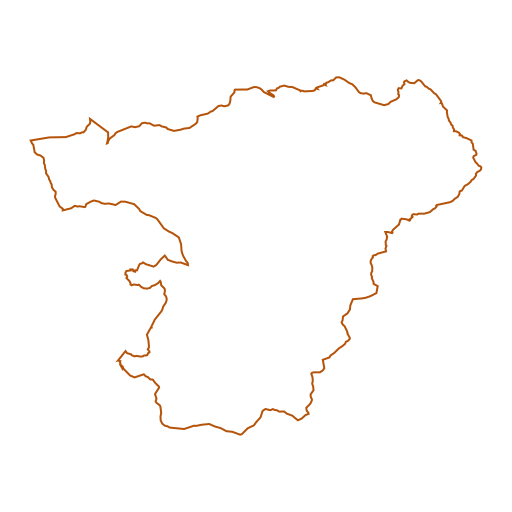 Brosteni, Suceava, Romania
{"feature_id": "2599482B22592859602374", "entity_name": "Brosteni", "entity_type": "district", "adm_level": 2, "iso_a3": "ROU", "parent_name": "Romania", "parent_adm1": "Suceava", "projection": "natural_earth1", "projection_center": [25.615, 47.201], "detail": "fine", "context": "isolated", "style": "outline", "palette": "amber", "viewbox_px": 512, "rotation_deg": 0, "n_neighbors": 0, "source": "geoboundaries", "source_scale": "gbopen_adm2", "svg_char_len": 5997}
<svg xmlns="http://www.w3.org/2000/svg" viewBox="0 0 512 512"><path d="M308.6,413.9L308.3,412.7L306.7,410.7L306.3,407.8L310.4,403.6L311.8,400.6L311.9,399.3L310.7,396.7L310.6,394.3L313.5,390.3L313.2,386.7L312.2,383.7L312.8,380.8L312.5,377.3L311.3,373.7L312.1,372.8L313.7,372.3L319.9,372.3L322.7,370.5L324.3,368.2L322.8,359.8L329.5,357.4L330.5,355.5L334.2,353.0L339.1,348.2L342.0,346.4L345.0,343.9L346.0,341.7L347.8,341.0L349.8,338.8L349.8,337.9L347.4,333.5L347.6,332.9L346.4,329.8L344.5,326.1L342.9,324.7L341.6,322.5L342.6,320.2L343.0,316.5L347.5,313.3L350.0,309.3L350.3,305.5L352.9,299.2L362.2,298.4L365.9,297.7L370.5,296.1L376.4,293.1L377.7,286.1L373.6,283.9L373.5,281.8L371.8,278.2L372.0,276.8L371.2,275.0L371.2,273.1L372.2,271.3L372.3,267.4L371.5,264.6L370.7,263.2L370.6,261.1L371.8,258.6L372.9,257.5L372.7,256.2L373.0,255.9L374.3,255.1L375.6,255.1L377.8,253.6L386.0,251.4L385.5,248.5L386.5,245.8L385.8,245.0L385.6,241.5L386.6,239.6L387.1,236.5L385.3,232.0L387.9,232.0L392.1,233.1L392.5,232.5L392.0,231.4L393.2,229.6L399.0,224.5L400.3,219.9L400.6,220.0L401.4,218.7L406.6,219.3L409.4,220.7L409.9,220.3L409.4,219.5L409.7,219.2L410.3,219.2L412.1,217.4L411.9,217.2L412.4,216.8L411.8,216.3L411.9,215.3L413.2,214.2L417.2,214.5L418.4,213.7L424.1,213.7L429.9,212.1L433.4,209.0L434.7,208.6L436.6,206.5L436.2,205.8L436.8,205.0L450.0,202.2L452.8,200.8L454.2,199.2L457.8,196.8L459.4,193.8L459.5,191.9L460.1,191.1L461.8,190.6L464.7,185.9L467.9,184.2L470.7,181.7L471.6,180.1L473.5,179.0L476.0,175.6L475.9,173.8L477.3,172.0L479.7,170.8L481.0,169.5L481.3,167.3L480.3,166.3L478.7,165.7L476.8,163.2L475.7,162.4L473.2,157.7L473.6,156.2L476.3,154.8L476.5,153.7L475.6,150.9L473.6,149.7L472.8,143.8L471.6,142.4L471.5,140.5L466.7,138.2L462.9,137.1L462.0,135.5L459.6,135.3L459.9,133.9L458.9,132.7L456.1,131.3L453.9,131.2L454.1,129.5L452.9,127.6L452.5,125.6L451.2,124.6L450.5,122.6L448.9,120.5L448.6,118.6L447.7,117.1L446.9,112.3L447.0,110.4L443.0,106.6L441.9,103.5L441.4,102.9L440.7,103.0L441.3,102.0L441.0,101.0L436.1,94.4L433.9,93.0L430.7,89.5L428.6,88.5L426.5,86.7L425.1,86.3L421.4,81.6L420.1,80.6L418.4,80.0L417.7,80.3L414.3,83.2L410.4,82.9L408.5,82.1L406.5,80.4L404.4,81.4L404.0,82.4L404.5,84.1L402.7,85.6L401.4,88.4L398.6,88.2L397.8,89.8L398.5,92.3L398.2,94.0L399.1,95.1L398.8,97.1L396.3,99.4L390.6,101.8L388.4,104.0L384.2,105.2L374.7,102.4L372.9,101.1L371.4,97.8L370.9,95.3L366.5,93.2L363.2,93.6L360.6,93.1L359.0,92.2L355.5,87.4L352.2,84.2L349.3,83.1L344.5,79.7L339.2,77.3L336.2,77.4L333.1,80.4L331.3,80.3L327.8,82.4L326.3,82.7L326.0,83.9L324.8,83.9L325.5,85.1L323.8,84.5L323.1,85.4L317.4,87.3L316.6,87.7L317.5,88.9L315.7,88.5L314.7,90.4L312.1,91.0L304.1,91.4L303.4,90.9L301.2,90.7L300.5,91.2L300.1,90.4L292.5,87.1L288.3,86.8L284.3,85.6L279.8,86.7L278.7,87.8L277.0,88.4L275.9,90.4L270.2,90.5L267.9,91.3L268.9,92.4L273.3,95.2L274.1,96.3L273.7,97.0L263.9,92.1L261.5,89.5L259.5,88.1L256.7,87.2L254.1,87.0L247.3,89.5L235.1,89.6L234.6,90.1L234.4,92.4L230.6,96.7L230.3,101.0L229.6,103.6L228.2,105.4L224.2,106.3L221.5,105.5L218.5,106.0L212.4,111.2L211.0,111.4L207.8,113.6L200.4,115.3L197.4,116.6L197.7,118.0L197.2,122.1L195.9,123.7L189.4,128.0L184.0,128.6L180.6,129.7L173.9,130.9L167.4,128.9L166.4,127.5L161.7,126.4L159.5,125.1L154.0,125.7L149.6,123.3L147.1,123.3L145.1,122.7L142.0,123.2L139.3,126.2L135.1,127.2L131.3,126.4L117.7,131.8L115.7,133.0L114.4,135.1L109.8,138.5L108.4,140.6L107.7,143.1L107.0,143.4L108.2,138.0L108.1,132.4L90.0,118.9L90.3,121.7L89.9,123.7L86.8,126.7L85.8,129.7L83.6,132.3L82.1,132.3L80.1,133.3L76.3,133.1L74.7,134.2L65.8,137.1L49.3,137.4L30.7,140.5L32.1,143.5L33.3,144.8L34.7,152.3L37.4,154.7L40.3,155.4L43.5,157.8L44.1,160.6L43.9,163.2L44.8,165.0L45.2,168.6L46.2,171.3L46.0,173.2L48.6,177.0L49.1,179.4L50.1,180.9L50.7,182.9L51.6,184.4L52.0,187.5L53.6,190.0L55.6,191.6L55.7,194.0L55.0,196.1L55.2,197.8L59.6,206.4L62.8,208.8L62.7,210.4L71.1,208.3L74.8,205.8L77.9,206.6L79.3,206.2L84.7,207.1L85.4,206.7L86.2,204.2L90.6,201.7L93.9,200.5L99.1,201.7L101.4,203.1L104.7,203.8L109.0,203.5L115.6,205.0L121.0,201.6L125.3,201.7L134.2,204.2L139.0,208.8L140.3,211.1L146.7,214.9L148.8,215.1L155.9,218.0L157.4,219.3L163.8,228.3L169.0,231.6L172.2,233.0L178.8,237.4L181.1,244.2L181.5,250.5L182.1,253.0L183.2,255.9L185.9,260.8L187.7,263.0L188.0,265.1L180.7,262.5L176.7,262.7L171.6,261.3L167.8,259.8L164.8,255.6L160.8,259.3L156.3,265.0L153.6,266.6L145.7,264.1L143.1,262.4L141.9,263.4L140.1,263.8L139.4,264.6L137.0,270.3L135.4,270.3L135.2,271.7L133.3,271.2L133.3,270.2L132.7,269.4L130.5,269.4L130.7,270.4L126.4,271.0L125.4,272.9L125.4,274.6L126.5,274.9L127.2,276.7L126.4,278.0L129.4,281.0L130.6,283.5L130.5,284.5L131.7,285.3L133.7,284.5L137.6,285.0L138.9,284.7L141.2,286.9L143.7,288.3L147.1,288.6L150.0,287.9L151.7,286.1L155.1,285.0L158.4,282.9L160.1,280.9L160.6,281.5L161.3,285.4L164.5,288.5L164.9,290.1L164.8,291.9L164.2,294.0L166.0,296.4L166.7,298.7L166.5,300.7L165.7,302.9L163.2,306.6L162.4,309.4L161.4,311.3L154.8,319.6L151.2,327.0L151.6,327.6L150.7,327.9L146.9,334.7L148.3,339.7L148.9,345.5L148.9,347.5L147.8,349.3L149.4,351.4L149.5,352.3L148.0,353.2L147.3,355.1L146.4,355.4L144.0,355.5L142.7,356.4L140.9,356.6L136.2,355.9L134.5,356.4L131.7,355.2L131.2,354.4L127.0,353.1L125.5,351.1L118.2,360.3L118.8,360.1L119.0,360.9L120.3,361.1L120.0,363.0L120.5,363.9L120.2,364.6L121.7,365.8L120.9,365.9L122.4,368.5L122.7,367.3L124.1,369.4L130.1,375.5L134.6,377.4L143.8,374.3L145.7,376.3L147.9,377.1L150.2,379.4L152.8,379.6L155.2,382.9L158.9,386.5L159.1,387.6L155.0,394.1L156.5,398.6L155.6,401.6L156.8,403.1L159.6,405.1L160.4,406.5L161.2,412.9L160.5,416.5L160.7,420.5L162.2,423.6L165.0,425.8L167.2,426.2L169.9,427.6L184.1,429.0L194.1,425.7L195.9,425.9L202.0,424.7L209.2,424.0L214.9,426.5L220.7,428.1L226.4,431.2L232.4,431.8L240.2,434.7L241.9,434.1L247.7,428.3L254.0,425.3L255.9,422.5L260.5,417.4L262.6,410.9L265.5,409.0L270.3,410.2L272.9,409.1L274.7,410.0L276.8,410.2L279.2,411.6L284.1,411.5L286.9,413.7L292.2,415.6L297.9,420.3L301.6,418.6L305.6,415.0L308.6,413.9Z" fill="none" stroke="#b45309" stroke-width="2"/></svg>